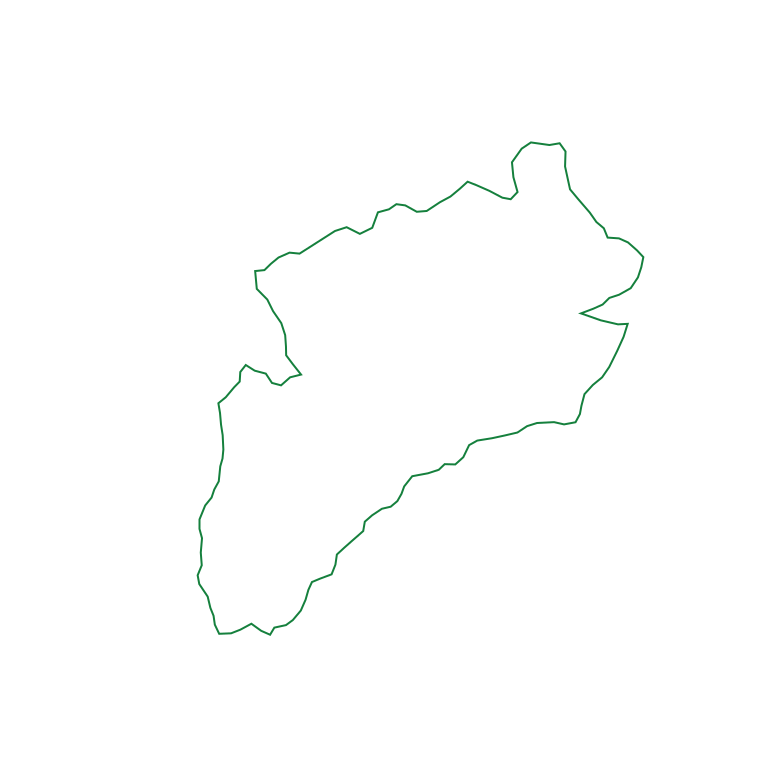 the district of Álvaro de Carvalho, São Paulo, Brazil, rotated 310°
{"feature_id": "56859067B50626918359022", "entity_name": "Álvaro de Carvalho", "entity_type": "district", "adm_level": 2, "iso_a3": "BRA", "parent_name": "Brazil", "parent_adm1": "São Paulo", "projection": "orthographic", "projection_center": [-49.738, -22.084], "detail": "fine", "context": "isolated", "style": "outline", "palette": "green", "viewbox_px": 768, "rotation_deg": 310, "n_neighbors": 0, "source": "geoboundaries", "source_scale": "gbopen_adm2", "svg_char_len": 1938}
<svg xmlns="http://www.w3.org/2000/svg" viewBox="0 0 768 768"><g transform="rotate(310 384 384)"><path d="M511.6,269.0L496.1,274.6L483.5,269.0L480.1,254.6L469.7,248.1L429.6,235.5L423.9,227.2L413.1,221.9L403.5,220.1L394.4,219.2L387.7,212.7L375.1,225.4L373.7,240.3L368.5,252.2L364.6,266.2L357.9,276.9L349.6,284.9L343.1,290.6L340.6,301.3L337.9,314.4L328.8,307.8L316.8,306.0L312.8,297.5L316.0,286.8L311.1,276.4L309.7,265.9L300.8,266.2L293.1,271.9L285.2,271.3L272.2,271.3L262.8,269.5L256.4,277.0L248.1,285.3L241.1,293.3L230.5,303.1L223.1,308.2L215.7,311.5L203.2,320.0L194.1,321.8L186.2,324.9L176.0,325.1L161.7,329.7L154.4,335.8L148.9,343.7L137.1,352.0L128.0,360.9L117.7,364.2L112.0,371.1L107.8,385.6L100.9,394.9L96.9,402.4L90.9,409.1L86.7,418.3L94.7,427.1L103.5,431.9L115.1,436.5L116.0,448.6L118.7,457.9L126.9,456.6L136.3,463.9L144.6,465.9L157.0,465.9L168.3,462.6L177.7,458.4L186.0,456.1L193.9,460.2L204.5,466.2L214.4,462.9L223.1,457.5L233.1,458.8L242.5,460.2L258.0,462.6L266.2,457.8L275.8,459.3L287.1,462.6L294.3,468.0L302.9,469.5L311.1,468.0L318.5,465.3L331.5,464.9L343.9,475.1L353.5,481.1L361.6,482.0L368.2,490.3L378.9,491.8L391.9,488.5L400.6,491.8L411.9,501.6L422.2,509.6L432.6,517.4L443.7,520.7L452.5,526.3L464.1,538.8L468.8,547.9L477.8,555.3L486.9,553.4L494.3,549.2L505.1,544.1L517.5,544.6L529.3,546.8L541.8,545.6L559.1,541.4L574.2,537.2L586.7,532.0L580.1,524.9L572.1,509.1L564.7,489.5L576.3,496.0L585.4,500.4L594.8,501.3L603.5,506.7L616.0,511.4L628.9,510.0L638.9,506.0L647.9,501.1L649.0,491.9L649.3,479.9L646.6,470.4L639.9,461.2L644.6,452.3L644.6,442.6L647.6,431.4L650.5,413.6L652.7,401.4L658.4,394.0L667.0,382.9L678.8,373.6L681.3,363.8L673.4,357.1L663.5,341.3L652.8,338.2L636.1,339.5L625.6,350.2L616.9,362.9L607.0,362.3L602.8,354.9L599.7,340.6L595.7,326.9L592.7,318.0L582.4,316.6L570.3,314.4L559.2,310.0L544.0,305.5L537.0,298.4L534.5,285.5L529.7,277.9L521.0,275.5L511.6,269.0Z" fill="none" stroke="#15803d" stroke-width="2"/></g></svg>